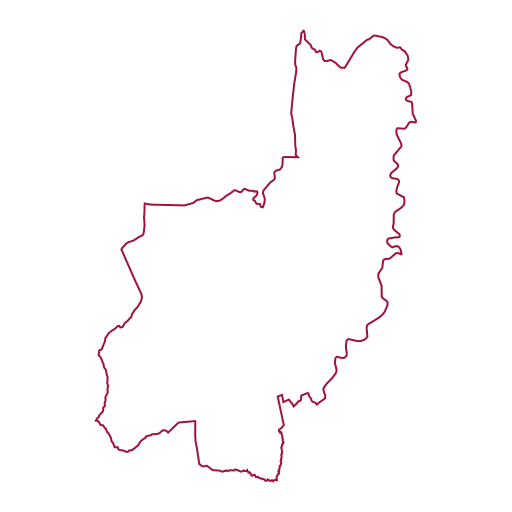 Chon Thanh, Bình Phước, Vietnam
{"feature_id": "81297802B36298380371063", "entity_name": "Chon Thanh", "entity_type": "district", "adm_level": 2, "iso_a3": "VNM", "parent_name": "Vietnam", "parent_adm1": "Bình Phước", "projection": "equal_earth", "projection_center": [106.663, 11.479], "detail": "fine", "context": "isolated", "style": "outline", "palette": "rose", "viewbox_px": 512, "rotation_deg": 0, "n_neighbors": 0, "source": "geoboundaries", "source_scale": "gbopen_adm2", "svg_char_len": 6048}
<svg xmlns="http://www.w3.org/2000/svg" viewBox="0 0 512 512"><path d="M256.3,477.2L258.0,476.8L258.8,477.8L261.4,478.7L262.1,478.5L262.7,479.1L263.6,479.1L264.9,479.9L265.1,480.6L266.7,480.8L267.7,479.5L268.2,480.1L269.3,480.2L270.4,481.1L272.0,480.2L273.2,481.3L274.1,480.2L275.9,479.9L276.8,480.3L276.9,478.8L276.5,478.1L276.8,477.3L276.7,476.2L277.9,474.9L278.2,473.9L278.9,473.7L279.1,473.3L278.4,471.4L279.0,471.4L279.2,471.0L279.2,469.0L279.8,467.6L279.6,466.2L280.8,465.1L280.7,464.2L281.4,463.0L280.6,460.9L280.7,460.3L281.3,459.9L281.1,458.9L281.7,456.8L281.2,454.6L281.8,454.1L281.8,453.2L282.4,452.3L282.0,451.5L281.3,447.3L282.1,446.0L281.9,444.8L282.9,443.8L282.9,442.6L283.4,442.5L282.8,441.1L282.9,439.5L282.2,438.3L282.5,437.0L281.7,434.0L281.4,433.7L281.3,432.5L281.0,432.1L280.6,432.7L280.1,432.7L279.7,431.8L279.0,431.5L278.9,431.0L279.2,429.6L281.4,428.1L283.8,425.1L277.7,396.6L282.0,394.9L283.4,402.1L288.8,399.6L293.1,404.9L293.6,406.4L295.9,404.4L298.6,401.1L299.9,401.0L300.7,400.4L301.4,395.5L307.6,393.1L308.4,393.3L309.0,395.5L309.5,396.6L310.8,398.2L311.7,400.8L312.6,401.7L315.5,402.7L316.9,404.7L318.9,402.7L324.0,399.2L325.0,398.2L325.3,395.3L324.1,392.5L323.3,389.1L324.3,387.0L327.0,383.3L331.9,378.4L335.6,373.5L336.5,371.4L336.4,368.9L335.1,364.1L335.0,361.3L335.5,358.0L336.6,356.9L337.6,356.8L340.6,357.8L343.3,358.0L344.3,357.8L346.3,356.0L346.6,355.4L346.7,352.3L346.1,349.4L345.9,345.3L346.6,340.6L347.7,339.4L348.6,339.1L357.6,341.1L360.9,341.0L364.0,339.9L365.5,339.0L367.4,336.6L366.6,328.0L366.9,326.0L367.6,324.6L379.3,317.4L382.9,314.2L384.8,311.5L387.5,305.3L387.6,302.7L386.8,301.1L382.8,298.3L381.7,296.6L381.6,285.9L378.7,278.2L378.3,276.8L378.4,273.7L382.3,267.9L383.1,260.9L383.7,259.8L384.6,259.2L386.1,258.9L389.4,258.8L396.0,253.2L398.0,253.0L401.1,254.4L401.5,254.3L400.5,249.2L398.7,246.8L397.2,246.2L395.7,246.2L392.3,247.3L390.7,246.4L387.4,243.2L387.1,240.8L387.6,239.4L388.2,238.7L388.9,238.4L392.9,237.9L394.8,237.3L398.6,237.3L399.6,236.8L399.8,235.2L399.5,234.4L394.0,229.7L393.2,228.5L392.9,227.1L393.7,223.0L393.7,215.1L394.3,213.2L395.2,211.9L401.4,207.6L403.4,205.5L404.1,204.1L404.4,201.6L404.3,199.0L403.9,197.3L396.6,193.4L396.4,190.5L397.3,186.8L399.0,182.3L398.9,180.4L397.0,178.8L394.4,178.6L391.4,177.8L390.4,176.5L390.2,175.2L391.1,173.1L396.9,168.3L398.0,166.7L397.9,164.7L397.4,163.9L393.8,160.7L393.5,158.4L393.8,155.5L401.3,146.5L401.5,145.5L401.1,143.5L397.1,135.3L396.4,133.2L396.4,129.9L397.5,128.2L403.7,128.7L405.0,128.5L406.1,127.4L409.2,122.6L411.1,121.8L415.6,122.5L416.1,121.1L412.7,113.6L412.1,103.2L411.7,102.3L410.8,101.6L408.8,101.4L406.2,100.2L405.8,98.9L406.1,97.8L407.1,96.9L410.4,95.5L411.2,94.8L411.2,91.2L409.2,84.3L408.1,82.7L407.0,81.9L402.1,79.8L401.3,79.0L399.7,76.4L399.6,73.5L400.1,73.1L401.4,72.2L406.1,70.5L407.3,69.5L407.3,68.2L405.9,66.0L405.8,64.6L408.1,60.5L408.3,59.1L407.8,56.0L405.3,52.2L405.2,51.6L401.9,49.6L400.1,47.3L396.9,47.8L393.2,46.2L390.0,43.6L387.7,40.1L385.3,38.4L382.4,37.1L374.9,35.5L373.6,35.8L368.6,39.5L367.0,39.8L357.5,47.6L354.9,51.1L344.7,67.8L340.5,67.6L335.4,62.7L331.4,60.4L330.4,60.0L327.4,60.9L324.7,61.1L323.1,59.1L321.8,53.3L321.1,51.4L319.6,50.8L317.2,52.3L316.1,52.0L314.7,49.5L312.4,48.5L311.5,47.2L310.7,45.0L305.0,39.5L304.8,34.3L304.0,31.1L303.6,30.7L301.3,33.3L301.1,37.2L300.1,43.4L296.7,45.8L296.0,48.4L295.1,61.2L295.2,64.5L296.4,68.1L296.2,71.6L294.4,82.6L292.7,97.0L291.2,113.2L292.6,119.9L293.0,124.2L295.0,135.0L295.3,146.2L296.0,150.1L295.7,153.7L295.9,155.1L297.8,157.2L283.9,157.0L282.7,157.9L282.5,164.1L282.1,166.7L279.9,169.6L276.5,170.5L274.6,171.8L274.3,172.9L274.9,178.1L274.4,179.4L269.9,182.8L263.6,190.4L263.0,192.1L263.1,193.6L264.8,198.7L264.5,202.7L262.8,207.3L260.9,206.8L260.5,206.2L260.2,204.2L256.4,203.7L255.0,201.0L253.4,200.2L253.2,199.7L253.5,198.1L255.9,196.1L256.9,194.8L257.5,193.2L257.1,191.5L255.9,191.2L255.1,191.7L254.2,191.6L253.5,190.9L249.0,190.7L244.6,188.8L243.1,189.8L242.1,191.3L241.1,192.0L239.2,192.0L235.7,190.4L234.5,190.2L229.6,193.9L226.8,195.4L223.0,198.5L219.8,200.6L217.0,201.1L215.0,200.9L209.0,198.0L207.1,197.6L196.7,200.2L193.2,203.0L184.4,205.4L150.5,204.6L144.8,203.5L144.6,204.0L144.4,213.6L144.0,216.9L144.6,224.8L143.7,232.9L143.0,234.7L142.3,235.4L138.9,237.0L133.3,240.7L129.1,241.9L126.6,243.2L122.2,248.0L121.4,249.4L135.2,280.8L141.1,293.4L141.9,296.1L141.7,298.9L140.6,302.0L137.4,307.3L134.9,309.7L132.6,313.3L131.6,315.0L131.4,317.0L131.1,317.4L129.9,318.1L127.7,320.9L125.4,322.5L123.8,324.7L122.6,327.0L120.3,327.5L119.3,325.9L117.8,326.0L114.8,328.9L112.8,330.0L108.8,333.2L105.4,338.0L105.0,341.2L101.7,349.2L101.1,349.8L100.0,349.9L99.2,350.8L98.7,355.3L100.3,356.9L101.9,360.0L102.5,362.1L103.5,363.8L103.7,366.1L104.4,368.0L105.8,369.7L106.1,370.6L106.6,374.4L107.5,376.5L107.6,379.1L107.2,382.9L108.2,386.2L107.5,388.3L107.7,392.5L105.3,397.6L105.6,399.8L104.6,403.8L105.0,405.9L103.3,407.5L103.2,410.0L102.8,411.6L99.2,415.4L98.8,417.0L96.9,418.7L95.9,420.7L97.6,420.8L98.7,421.6L100.6,425.0L103.0,425.3L104.8,428.0L106.1,429.0L106.9,431.7L108.2,432.8L110.1,436.2L110.8,437.7L111.7,441.4L113.2,443.2L114.4,446.9L114.8,447.3L117.7,447.2L118.4,449.3L120.0,450.2L122.9,450.4L126.1,451.7L127.6,451.9L128.1,451.8L129.1,450.5L132.3,450.1L133.3,448.9L134.7,448.3L135.8,447.1L138.2,445.4L139.8,442.4L141.8,440.2L145.6,437.6L145.8,436.6L148.2,435.7L150.8,435.3L151.9,434.3L157.0,434.0L159.1,433.4L162.6,430.5L163.4,430.2L166.4,430.8L168.1,432.6L178.0,423.0L178.9,422.5L194.9,421.1L195.2,421.2L195.3,421.9L195.2,434.6L195.6,441.5L196.9,448.4L199.3,464.0L201.7,465.9L202.8,466.3L204.6,466.3L206.8,465.7L212.7,470.1L219.7,470.6L221.7,471.6L222.8,471.6L225.1,470.7L225.8,471.1L226.6,470.5L228.4,471.0L229.9,470.2L234.1,470.5L235.3,469.4L237.5,470.3L238.2,470.2L239.3,471.0L241.1,471.6L242.4,471.3L243.5,470.4L244.6,471.1L246.0,470.9L247.1,470.1L247.3,471.2L247.9,471.4L248.4,472.6L249.8,472.3L251.3,475.1L252.0,475.3L252.2,475.8L253.7,474.9L254.7,474.8L255.5,476.5L256.3,477.2Z" fill="none" stroke="#9f1239" stroke-width="2"/></svg>